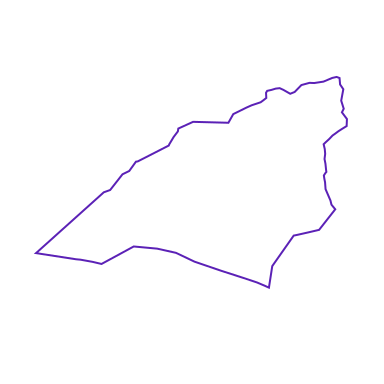 Orelope, Oyo, Nigeria, rotated 85°
{"feature_id": "59680162B54897023187709", "entity_name": "Orelope", "entity_type": "district", "adm_level": 2, "iso_a3": "NGA", "parent_name": "Nigeria", "parent_adm1": "Oyo", "projection": "equal_earth", "projection_center": [3.737, 8.78], "detail": "fine", "context": "isolated", "style": "outline", "palette": "violet", "viewbox_px": 384, "rotation_deg": 85, "n_neighbors": 0, "source": "geoboundaries", "source_scale": "gbopen_adm2", "svg_char_len": 1112}
<svg xmlns="http://www.w3.org/2000/svg" viewBox="0 0 384 384"><g transform="rotate(85 192 192)"><path d="M93.5,65.4L95.0,73.7L101.3,81.0L102.7,85.6L98.2,92.1L96.2,95.6L96.3,99.6L97.2,103.9L97.8,108.3L99.6,109.6L104.8,109.8L106.9,113.0L108.6,115.8L110.8,125.0L112.7,130.5L118.0,144.1L126.2,149.7L122.2,184.8L127.6,200.1L130.4,200.8L135.6,205.5L142.5,210.5L143.7,211.1L156.8,243.4L156.9,245.2L165.6,252.7L168.3,259.7L182.4,272.9L182.9,273.4L184.6,279.9L239.3,352.7L248.9,313.4L249.7,309.0L252.9,297.2L255.8,288.4L241.2,254.8L245.4,231.6L251.2,213.3L261.6,195.6L273.1,169.6L282.0,148.5L287.8,135.1L291.9,127.4L294.0,123.7L272.8,118.5L244.3,94.5L243.9,91.0L242.4,79.9L240.8,68.7L221.7,50.8L217.2,53.9L216.6,54.2L212.6,54.8L200.8,58.7L193.9,58.6L190.3,59.0L187.0,59.2L184.8,57.5L183.7,56.4L181.9,56.5L175.4,56.6L170.7,57.1L165.6,56.0L160.8,56.0L155.9,56.7L154.1,54.5L151.1,50.6L148.0,47.1L146.3,44.2L144.2,40.8L142.2,37.0L139.8,32.2L132.8,31.3L125.7,35.7L122.3,33.6L114.0,35.4L102.8,32.3L97.8,35.1L91.3,35.1L90.0,37.9L90.6,42.4L93.5,51.4L94.1,60.8L93.5,65.4Z" fill="none" stroke="#5b21b6" stroke-width="2"/></g></svg>